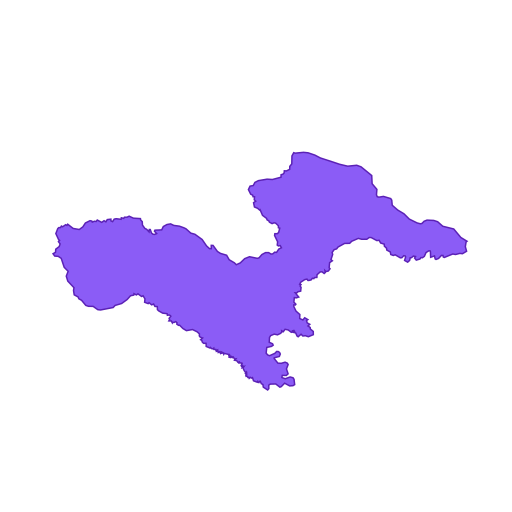 outline of Buenos Aires, Cauca, Colombia, rotated 111°
{"feature_id": "7082276B47892047719845", "entity_name": "Buenos Aires", "entity_type": "district", "adm_level": 2, "iso_a3": "COL", "parent_name": "Colombia", "parent_adm1": "Cauca", "projection": "natural_earth1", "projection_center": [-76.681, 3.052], "detail": "fine", "context": "isolated", "style": "filled", "palette": "violet", "viewbox_px": 512, "rotation_deg": 111, "n_neighbors": 0, "source": "geoboundaries", "source_scale": "gbopen_adm2", "svg_char_len": 6145}
<svg xmlns="http://www.w3.org/2000/svg" viewBox="0 0 512 512"><g transform="rotate(111 256 256)"><path d="M375.8,202.2L376.9,197.1L375.2,196.5L372.0,197.8L370.5,196.8L368.4,191.7L369.9,186.7L368.9,185.6L364.5,183.7L365.2,178.0L363.8,175.0L362.2,173.8L357.5,176.3L356.4,177.8L356.7,180.8L360.1,184.7L360.2,188.3L358.0,188.7L356.7,184.9L354.5,183.8L350.5,187.1L345.8,187.1L344.8,188.4L344.7,190.8L347.1,193.9L348.2,197.1L345.2,202.3L344.5,202.5L341.4,198.2L338.8,198.2L337.7,199.3L337.2,200.8L337.7,202.5L340.1,203.5L344.2,207.6L344.2,209.5L343.1,211.7L337.5,213.2L334.8,209.1L333.1,208.0L332.0,209.1L331.8,212.7L327.2,214.2L325.1,213.8L322.4,211.0L321.9,207.7L319.5,205.4L317.8,204.6L316.6,205.2L316.9,203.4L314.0,202.6L313.5,199.4L314.6,195.7L313.9,194.9L312.8,195.2L311.9,193.9L312.5,193.0L313.9,193.8L313.6,191.4L316.0,189.0L316.3,187.7L312.9,185.9L313.9,183.6L312.7,181.3L312.6,178.2L308.9,174.3L305.9,175.5L304.7,179.1L303.3,179.8L302.7,182.4L300.5,181.3L300.1,184.2L298.2,185.7L296.8,184.8L296.2,188.4L298.9,189.3L298.7,192.8L294.9,194.1L293.1,198.9L289.6,202.6L288.1,203.2L287.6,201.7L286.7,201.5L285.5,204.1L281.1,205.3L280.6,203.3L279.0,201.4L276.3,206.2L275.8,204.7L274.3,204.0L272.8,201.7L269.1,202.7L268.2,204.1L266.6,203.8L266.7,205.1L264.4,204.8L260.5,202.0L259.3,200.1L260.2,198.8L259.9,197.9L258.6,196.0L256.6,195.4L256.4,193.9L255.2,193.7L254.2,191.5L251.6,192.3L247.9,190.4L247.1,188.7L247.9,186.1L246.6,185.4L244.9,186.4L245.5,185.1L244.1,183.1L241.4,182.3L240.8,183.5L235.8,184.9L233.1,183.0L232.5,184.7L227.0,185.0L225.4,186.2L222.0,185.3L220.5,183.3L218.2,182.6L212.5,177.8L210.6,173.1L207.9,171.9L202.9,166.8L202.5,163.3L200.6,158.5L198.2,157.0L197.5,155.1L198.3,148.7L197.2,146.7L199.2,144.3L199.0,140.5L200.8,139.7L201.9,137.0L203.6,136.0L204.1,132.1L206.3,130.7L206.3,128.0L205.0,126.5L206.0,120.6L205.3,119.2L202.8,118.2L202.5,116.8L203.2,116.0L206.9,115.7L207.4,112.2L205.1,111.0L202.4,111.4L201.8,110.2L199.7,109.1L199.3,106.9L201.1,107.2L202.4,104.9L200.1,101.9L198.3,101.4L198.0,100.0L196.0,98.7L191.9,98.5L189.4,96.7L188.8,95.4L189.5,94.7L194.6,92.5L192.0,89.4L194.5,87.7L194.7,86.7L192.9,84.7L189.0,83.1L188.5,81.6L189.8,80.8L189.9,79.7L183.6,73.0L183.1,70.3L180.5,66.6L179.9,64.1L176.1,61.1L172.3,63.9L167.6,64.9L166.6,64.3L165.3,71.4L159.9,81.1L161.3,92.3L158.9,98.7L159.1,102.8L161.2,109.2L163.3,111.5L166.1,112.7L167.0,114.0L167.4,117.4L166.6,126.1L163.6,132.9L162.3,140.2L159.8,147.0L155.2,149.3L154.1,150.8L154.7,158.4L157.0,162.3L157.2,164.1L155.6,165.5L150.5,167.0L146.9,173.5L139.4,176.8L135.1,189.9L135.2,194.5L139.3,202.6L140.4,210.8L141.4,231.1L140.7,237.2L141.0,244.4L142.2,248.8L146.0,256.4L146.0,257.8L149.7,258.3L157.2,255.6L160.2,256.6L163.0,255.6L165.7,258.1L166.3,260.1L168.3,259.5L170.0,260.2L171.1,261.7L173.5,260.9L178.7,268.1L180.3,273.2L184.8,280.8L187.7,283.4L191.2,283.8L192.9,286.6L196.7,286.9L200.2,283.1L200.4,280.9L201.7,280.0L201.2,278.6L204.1,277.8L204.9,275.9L207.1,277.4L210.8,275.0L210.9,271.6L211.8,269.1L211.3,268.8L215.7,264.5L217.1,259.6L218.3,258.6L218.6,256.6L219.6,255.6L220.0,252.6L218.5,251.0L218.3,249.4L219.7,246.0L221.6,245.2L221.5,243.8L225.9,243.3L227.5,244.1L228.4,246.4L230.2,246.0L235.0,240.9L238.2,240.1L238.6,238.7L237.6,237.1L239.2,235.2L241.3,237.2L245.3,238.1L245.7,239.9L248.0,241.1L248.8,242.7L248.3,245.4L249.4,248.3L252.5,251.0L256.6,252.5L257.7,253.9L259.0,261.8L262.5,265.6L268.1,268.2L271.2,271.3L270.1,273.7L269.1,279.7L265.8,283.7L266.3,290.1L265.6,293.6L261.5,299.9L262.1,301.6L265.2,300.4L265.8,302.0L264.3,305.8L259.9,312.2L257.6,320.8L258.0,325.1L255.7,331.1L255.5,333.4L255.6,338.2L256.9,343.7L256.6,347.2L258.5,350.4L261.7,353.1L265.4,353.4L268.1,359.6L269.2,359.7L270.7,356.8L272.2,358.4L272.6,360.0L272.0,361.8L269.2,364.2L269.5,365.1L271.8,364.5L270.2,367.8L270.1,369.6L267.8,373.1L264.7,374.5L263.7,376.6L262.5,377.3L264.6,384.0L264.3,388.7L266.0,390.3L266.9,392.7L268.3,393.0L268.6,395.4L270.1,395.1L271.3,399.9L272.4,401.6L275.3,402.2L275.2,404.0L273.6,404.7L275.3,407.9L277.9,408.4L277.5,410.5L279.9,412.1L279.3,417.1L281.1,417.6L281.4,419.2L283.0,421.0L282.2,421.8L282.5,423.6L286.3,427.1L290.9,428.1L294.6,430.5L295.8,436.6L293.8,443.2L295.2,443.5L295.0,444.9L298.0,447.0L297.8,448.4L299.5,448.7L300.2,450.3L301.5,450.9L306.8,450.9L311.5,446.1L311.8,445.0L313.4,445.6L314.9,443.2L317.7,443.1L321.4,445.4L324.4,444.5L326.6,446.3L328.2,443.9L327.2,440.5L328.0,437.0L335.3,431.0L337.6,425.9L342.8,425.9L346.9,422.7L350.8,414.6L353.6,414.0L357.4,411.8L358.0,407.4L359.4,406.1L359.9,402.9L363.1,397.2L363.0,394.4L361.4,390.0L362.8,384.5L362.1,381.8L355.3,370.9L352.6,369.8L348.5,364.4L342.8,360.7L338.1,358.9L336.3,356.1L334.9,356.4L335.2,353.7L333.6,352.7L334.8,348.3L333.6,347.2L335.8,344.3L339.1,343.4L339.1,339.6L337.9,339.1L339.0,335.9L337.5,334.4L339.3,332.3L338.6,330.0L341.4,328.8L342.1,327.2L342.8,322.7L341.7,318.3L343.1,317.5L342.2,316.0L342.3,314.5L342.8,313.9L345.3,314.8L346.1,313.9L347.8,314.1L347.0,311.8L348.5,310.1L347.7,310.0L347.5,308.8L346.0,307.4L346.7,305.8L348.0,305.5L348.5,303.5L348.0,302.5L349.9,298.2L350.6,294.2L347.4,288.9L347.9,283.7L349.0,280.9L350.9,280.3L351.7,279.1L351.7,276.5L354.0,277.7L354.2,276.4L355.6,275.3L356.3,273.7L355.4,271.3L358.3,270.1L358.4,266.1L357.7,265.8L358.4,264.4L358.1,262.9L357.2,262.4L358.3,261.8L357.7,260.0L358.6,259.5L357.6,258.4L358.9,258.4L358.3,257.6L359.6,256.7L358.5,255.8L359.5,254.4L357.9,254.4L358.1,252.6L358.8,252.8L358.2,251.9L359.3,250.9L358.3,250.8L357.7,246.3L358.6,245.7L357.7,245.3L358.5,244.4L360.1,244.7L359.9,243.3L358.7,242.9L359.7,241.2L358.7,241.9L358.3,241.3L359.8,239.2L359.2,238.0L361.0,238.6L360.6,236.6L361.7,234.8L360.9,233.7L362.0,233.5L361.2,231.9L361.6,230.9L360.5,230.4L362.5,230.6L363.0,229.7L363.8,230.5L364.4,229.6L363.2,229.4L363.4,228.5L364.9,228.7L363.8,227.7L365.2,228.0L367.2,226.0L368.6,223.7L367.7,223.3L368.7,222.7L369.4,223.7L370.2,222.2L370.9,222.8L371.9,222.1L371.5,221.1L372.3,220.0L371.8,219.3L372.7,218.5L371.3,217.7L371.6,216.4L370.8,215.7L373.4,213.6L373.4,210.1L372.5,209.6L373.3,209.0L373.1,207.9L371.9,207.9L371.4,207.1L373.3,205.3L373.5,203.5L375.8,202.2Z" fill="#8b5cf6" stroke="#5b21b6" stroke-width="1.5"/></g></svg>